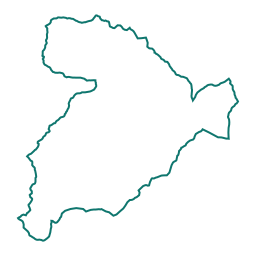 outline of Goenkhatoe, Gasa, Bhutan
{"feature_id": "84629894B85362517757759", "entity_name": "Goenkhatoe", "entity_type": "district", "adm_level": 2, "iso_a3": "BTN", "parent_name": "Bhutan", "parent_adm1": "Gasa", "projection": "mercator", "projection_center": [89.606, 27.867], "detail": "fine", "context": "isolated", "style": "outline", "palette": "teal", "viewbox_px": 256, "rotation_deg": 0, "n_neighbors": 0, "source": "geoboundaries", "source_scale": "gbopen_adm2", "svg_char_len": 5594}
<svg xmlns="http://www.w3.org/2000/svg" viewBox="0 0 256 256"><path d="M228.7,138.7L228.6,137.8L228.4,132.7L228.5,130.1L228.6,127.8L229.2,124.6L229.3,122.1L229.1,119.8L228.9,119.0L228.1,117.4L228.0,116.7L228.5,114.9L228.5,114.2L229.0,112.8L229.2,112.5L230.8,110.9L231.2,110.0L231.4,108.9L231.9,107.8L233.3,106.6L234.3,106.0L235.5,104.0L236.7,103.4L238.0,101.5L236.3,98.5L235.6,97.8L235.4,96.4L234.6,94.7L234.4,92.3L233.9,91.3L233.4,90.7L233.0,89.8L232.7,89.1L232.7,86.7L232.5,85.7L230.1,83.5L230.1,83.0L230.5,82.2L230.5,81.3L230.3,80.9L228.8,78.7L224.9,81.7L223.4,82.4L220.9,83.2L220.2,83.6L219.1,84.7L216.8,85.6L215.2,85.8L213.8,85.5L212.2,84.6L210.8,84.5L208.5,84.9L207.4,85.3L206.6,86.1L204.5,87.3L203.9,88.1L201.0,89.7L197.4,92.5L195.9,94.9L195.2,97.0L192.9,100.4L192.7,99.7L191.7,97.5L191.6,96.8L191.5,95.7L191.7,94.4L191.7,93.6L192.0,90.7L192.0,89.5L191.7,88.6L191.7,87.9L191.4,85.2L191.1,84.1L190.8,83.6L190.0,82.9L189.6,82.1L188.5,81.0L187.0,78.4L186.0,77.9L183.1,76.8L181.1,76.7L179.3,75.5L178.4,75.1L176.9,74.9L176.3,74.6L175.7,74.0L174.9,72.2L173.6,70.9L172.6,70.3L171.7,68.6L171.2,68.2L170.6,67.2L170.1,66.7L169.7,66.1L169.1,64.3L167.4,61.9L165.0,61.6L164.6,61.1L164.0,60.2L162.9,59.5L161.8,59.1L161.0,58.5L160.6,57.3L158.3,55.1L156.9,54.1L156.2,53.9L155.8,53.5L155.3,52.9L154.5,52.6L154.7,52.0L154.3,51.0L153.4,49.7L152.1,48.6L149.6,48.4L149.1,48.2L147.3,46.7L147.7,42.8L146.9,40.3L145.9,37.6L141.5,38.2L137.7,38.4L134.5,32.7L133.6,31.3L132.3,30.2L131.3,29.7L130.3,29.0L129.7,27.8L126.9,30.1L124.6,29.7L123.0,28.7L121.8,26.9L120.4,25.5L117.6,25.3L114.5,28.1L113.1,28.0L112.2,27.5L109.9,26.4L109.1,22.6L108.8,21.8L108.1,21.4L107.2,21.4L105.6,20.5L104.4,20.9L102.4,20.2L101.8,20.2L100.8,19.0L100.3,18.6L99.7,16.7L97.8,16.1L97.0,15.5L96.1,15.4L95.4,16.0L94.7,17.1L93.9,18.0L92.7,19.7L91.2,20.6L88.4,21.2L85.1,22.3L84.6,22.2L81.8,22.8L81.1,22.5L79.1,22.1L78.0,21.6L76.7,20.8L76.1,20.8L73.1,18.9L71.2,18.7L70.6,18.4L69.7,18.2L68.4,18.2L67.4,18.5L66.7,18.3L66.1,17.9L63.3,17.4L61.4,17.7L58.3,17.4L57.8,17.5L56.9,18.2L56.4,18.4L53.7,18.5L51.3,19.9L50.8,20.8L50.8,22.0L50.1,23.2L49.5,23.8L48.1,24.7L46.6,25.4L45.7,26.1L45.9,26.6L46.6,27.3L47.3,28.5L47.2,29.9L47.5,32.3L46.9,34.4L47.1,37.7L46.8,38.9L46.2,39.7L46.0,40.3L46.2,41.6L46.7,42.7L46.7,43.3L45.3,45.3L45.2,45.9L45.2,47.4L44.8,48.4L44.0,49.9L42.9,51.0L42.7,51.6L42.7,54.4L42.4,55.6L42.4,55.9L42.7,56.3L43.2,56.2L43.9,56.7L43.8,57.7L42.8,59.0L43.6,60.5L43.5,62.5L43.6,62.8L44.0,63.3L44.2,64.0L44.8,64.7L46.4,65.5L48.3,66.8L49.5,67.2L50.4,68.2L51.1,69.8L53.0,72.0L54.1,72.2L55.1,72.7L57.5,72.8L59.8,72.6L62.7,73.3L63.7,74.4L64.5,76.3L66.7,77.3L67.5,77.0L68.9,76.9L70.8,77.3L72.7,77.6L80.6,77.7L84.6,78.8L85.2,79.5L85.8,79.7L86.6,80.5L87.0,80.6L89.2,80.3L90.5,80.4L94.0,80.2L95.4,80.3L95.4,81.6L95.9,82.8L95.8,84.0L96.2,85.0L96.2,86.3L95.4,87.7L94.6,88.6L94.5,89.0L94.2,89.5L91.3,91.0L90.0,91.5L85.3,92.3L82.2,92.3L81.8,92.4L80.7,93.1L79.6,93.3L78.1,93.3L76.5,93.6L75.5,94.3L74.3,95.5L73.2,97.5L72.5,98.0L71.2,98.3L70.7,98.9L70.1,100.5L69.5,101.5L68.7,103.5L69.1,105.6L68.6,107.8L67.6,109.4L66.8,111.4L66.3,111.7L66.0,112.2L65.6,113.5L64.8,114.1L64.6,115.5L63.9,116.4L63.0,116.8L60.7,117.4L60.0,118.0L59.0,119.2L57.9,120.2L56.6,120.9L55.7,122.1L55.5,122.7L55.0,123.2L53.8,123.3L52.0,124.7L50.9,125.3L49.8,125.6L49.4,126.1L49.4,126.9L48.7,128.9L48.7,129.3L49.5,130.5L49.6,131.3L48.7,132.2L46.8,132.7L46.2,133.1L45.2,135.5L43.6,136.6L43.2,137.1L42.6,138.5L41.6,139.5L38.4,141.3L37.8,141.8L37.7,142.6L37.7,143.2L38.7,143.9L38.5,145.5L37.7,147.2L35.8,149.6L35.0,149.9L34.0,151.0L31.1,153.7L29.1,154.5L27.7,155.7L27.1,156.4L28.5,157.7L29.3,158.8L30.7,160.7L31.4,160.9L32.1,161.4L32.3,162.0L32.3,163.6L32.2,164.7L32.2,165.1L33.2,166.4L34.2,167.2L34.8,168.1L34.8,169.9L35.2,170.7L35.8,173.7L36.2,176.4L36.1,177.1L35.5,177.9L35.5,181.6L35.3,182.5L35.0,183.3L34.6,183.7L32.6,184.5L31.9,185.5L30.3,188.3L30.5,189.6L31.5,190.8L31.8,191.3L31.8,193.4L29.9,194.7L29.7,195.0L29.9,195.4L30.4,197.3L31.4,197.9L32.1,198.7L32.1,199.6L31.6,200.7L30.8,202.0L29.6,203.7L28.6,204.6L28.6,205.6L29.6,207.8L30.3,210.0L29.9,210.6L27.7,212.8L27.1,213.0L25.9,215.3L23.5,214.6L22.2,215.1L21.4,215.6L20.4,216.8L19.3,217.2L18.0,218.1L18.3,218.6L19.3,219.4L21.5,220.5L22.6,221.4L23.1,222.4L23.7,224.5L23.6,227.6L27.8,231.4L28.9,233.1L29.4,235.2L29.6,235.5L31.6,236.5L32.3,237.1L33.8,237.9L34.6,238.6L35.6,239.3L37.0,239.8L38.4,239.8L39.1,239.6L41.5,240.0L42.6,240.6L43.7,240.6L44.9,240.0L47.3,238.2L49.1,236.5L50.3,232.3L50.8,228.8L51.3,227.1L51.3,226.1L51.0,224.0L51.6,222.3L51.4,220.8L52.6,220.9L53.1,221.4L54.8,222.6L55.9,222.8L57.2,222.2L59.4,219.5L60.1,217.8L61.1,216.8L61.9,213.5L65.1,210.8L70.5,209.0L76.3,208.1L83.2,209.0L86.0,211.5L90.7,209.9L94.0,209.5L96.0,209.5L98.9,209.2L100.4,209.4L101.5,209.1L105.8,211.4L109.2,212.3L113.4,215.7L116.5,214.5L120.0,211.3L123.3,208.5L125.3,205.7L127.4,202.2L129.8,200.0L131.0,200.0L132.4,199.7L133.9,198.9L135.0,197.8L136.6,197.2L139.1,195.2L139.6,192.5L138.6,190.4L143.2,186.0L145.5,185.1L146.4,185.1L147.9,185.7L149.1,185.4L149.4,184.1L150.0,182.0L151.5,178.9L152.1,178.3L153.9,178.5L155.8,177.6L157.1,177.3L161.3,175.6L163.1,175.4L166.9,175.3L169.4,172.6L171.6,165.2L173.0,162.5L174.2,161.6L176.0,160.7L176.4,160.2L177.3,155.7L177.9,155.4L178.3,154.9L178.8,153.0L179.1,150.9L179.9,150.2L180.9,149.0L181.3,147.7L182.1,147.5L183.8,146.3L185.6,145.4L186.3,143.7L188.1,141.9L190.1,140.5L193.2,139.5L194.2,138.2L194.6,136.6L195.8,134.0L199.0,132.0L200.8,131.4L201.9,130.4L202.6,129.3L209.3,132.6L218.0,137.3L221.2,137.4L223.1,137.8L226.2,138.6L227.8,138.6L228.7,138.7Z" fill="none" stroke="#0f766e" stroke-width="2"/></svg>